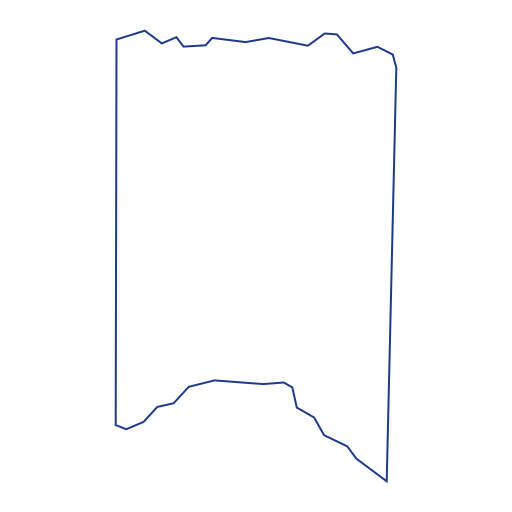 Titus, Texas, United States of America
{"feature_id": "52423323B68756889637402", "entity_name": "Titus", "entity_type": "district", "adm_level": 2, "iso_a3": "USA", "parent_name": "United States of America", "parent_adm1": "Texas", "projection": "natural_earth1", "projection_center": [-94.972, 33.19], "detail": "fine", "context": "isolated", "style": "outline", "palette": "blue", "viewbox_px": 512, "rotation_deg": 0, "n_neighbors": 0, "source": "geoboundaries", "source_scale": "gbopen_adm2", "svg_char_len": 506}
<svg xmlns="http://www.w3.org/2000/svg" viewBox="0 0 512 512"><path d="M116.5,39.5L115.7,425.1L126.2,429.2L143.6,421.9L157.3,406.9L173.6,403.3L188.8,386.8L214.5,380.4L263.1,384.1L283.8,382.5L292.3,387.4L296.8,407.6L314.1,417.5L324.1,435.2L347.3,446.4L356.4,458.7L386.7,481.3L396.3,67.6L392.8,54.6L377.4,46.8L353.2,53.4L336.9,34.4L324.7,33.5L307.9,45.7L268.8,38.0L245.6,42.1L212.2,37.9L205.6,45.3L183.5,46.6L176.4,37.2L161.8,43.4L144.8,30.7L116.5,39.5Z" fill="none" stroke="#1e3a8a" stroke-width="2"/></svg>